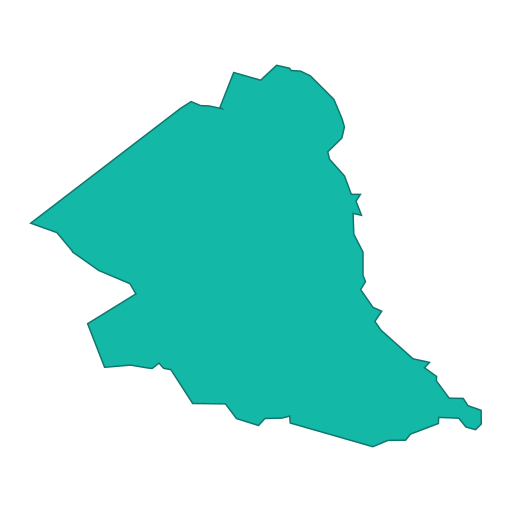 Florence, South Carolina, United States of America
{"feature_id": "52423323B42496570047924", "entity_name": "Florence", "entity_type": "district", "adm_level": 2, "iso_a3": "USA", "parent_name": "United States of America", "parent_adm1": "South Carolina", "projection": "mercator", "projection_center": [-79.642, 34.04], "detail": "fine", "context": "isolated", "style": "filled", "palette": "teal", "viewbox_px": 512, "rotation_deg": 0, "n_neighbors": 0, "source": "geoboundaries", "source_scale": "gbopen_adm2", "svg_char_len": 1110}
<svg xmlns="http://www.w3.org/2000/svg" viewBox="0 0 512 512"><path d="M291.1,70.5L289.6,68.2L276.6,65.3L260.6,80.2L233.7,72.5L220.1,107.1L221.9,108.7L208.8,105.9L200.5,105.6L191.1,101.6L180.3,108.5L169.4,116.9L137.9,141.0L123.7,151.9L95.4,173.6L87.8,179.4L30.7,223.2L56.9,232.6L72.1,250.8L72.5,252.0L81.1,258.0L98.8,270.5L129.9,283.7L135.9,293.9L87.6,323.7L104.6,367.3L130.6,365.1L146.6,367.8L152.1,368.5L159.0,363.1L163.6,368.3L170.9,369.7L192.7,403.5L225.5,403.9L236.5,418.6L258.5,425.5L264.9,418.5L281.9,418.1L289.7,416.1L290.2,423.0L372.8,446.7L387.9,440.4L405.6,440.2L410.5,434.1L438.4,423.5L438.7,417.4L458.8,418.2L465.9,427.0L475.5,429.7L481.3,424.0L481.1,410.3L468.0,405.7L463.2,398.4L449.2,398.2L436.4,380.9L436.6,376.5L424.5,367.8L429.5,362.4L413.0,358.8L381.0,330.2L374.9,321.4L381.7,311.2L373.0,307.4L360.6,289.6L365.5,281.7L363.0,275.4L363.0,252.1L353.8,234.2L353.1,213.4L361.5,215.3L356.0,201.2L360.4,194.4L351.3,194.3L344.5,176.0L329.5,159.2L327.8,151.8L341.9,138.0L344.4,127.0L342.1,118.9L333.9,99.4L310.4,75.9L300.5,71.1L291.1,70.5Z" fill="#14b8a6" stroke="#0f766e" stroke-width="1.5"/></svg>